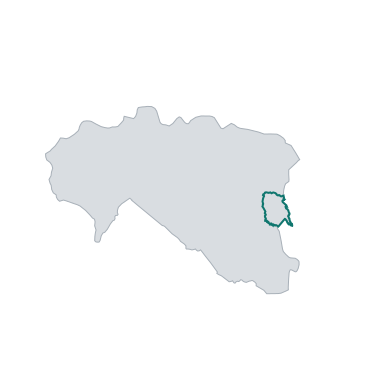 Yagha, Yagha, Burkina Faso shown in context, rotated 40°
{"feature_id": "67063806B32901667163906", "entity_name": "Yagha", "entity_type": "district", "adm_level": 2, "iso_a3": "BFA", "parent_name": "Burkina Faso", "parent_adm1": "Yagha", "projection": "mercator", "projection_center": [0.619, 13.408], "detail": "fine", "context": "in_parent", "style": "outline", "palette": "teal", "viewbox_px": 384, "rotation_deg": 40, "n_neighbors": 0, "source": "geoboundaries", "source_scale": "gbopen_adm2", "svg_char_len": 6931}
<svg xmlns="http://www.w3.org/2000/svg" viewBox="0 0 384 384"><g transform="rotate(40 192 192)"><path d="M277.2,236.9L268.4,237.3L265.1,238.2L263.2,238.3L263.1,237.4L262.9,237.0L251.6,234.2L243.8,232.6L235.8,230.8L235.3,232.5L234.2,233.6L232.5,233.7L231.3,233.4L230.5,234.7L229.2,236.4L227.3,237.2L225.5,238.3L224.5,239.2L223.7,239.2L221.9,237.1L219.5,236.8L214.9,237.2L212.9,236.6L210.1,236.3L203.6,236.8L193.1,235.9L191.3,236.4L190.9,236.8L180.5,236.9L169.0,237.0L159.5,237.1L151.1,237.1L151.1,236.8L148.4,236.7L148.1,237.5L145.7,246.2L145.4,251.0L146.7,254.0L148.1,255.8L149.7,256.6L149.9,257.7L148.6,259.1L148.7,260.5L150.2,261.9L150.6,263.4L149.8,265.0L150.0,268.9L151.1,275.0L151.1,278.9L150.1,280.7L150.6,283.8L152.7,288.1L153.0,290.0L152.3,290.8L150.6,292.0L148.8,291.9L146.8,289.3L145.9,288.1L144.3,285.5L142.9,282.8L141.0,281.6L139.2,280.5L136.9,277.1L134.8,275.5L132.5,275.9L129.2,275.3L122.4,274.5L115.2,274.7L112.2,275.5L109.2,276.7L101.7,279.5L98.7,280.8L96.5,284.2L93.9,284.1L91.4,283.1L89.8,281.5L86.3,281.8L83.0,280.3L79.8,277.4L77.5,276.4L74.4,274.3L73.6,270.2L71.7,267.3L70.0,263.3L67.4,261.5L64.3,260.6L60.2,260.8L57.5,259.2L55.3,256.9L55.9,254.8L56.9,252.0L57.0,249.2L57.6,244.7L57.2,239.1L56.5,235.2L58.8,233.5L61.4,232.1L63.0,229.4L64.8,223.4L65.5,218.3L65.0,216.4L64.1,214.8L63.4,212.6L63.0,209.9L63.5,207.5L65.5,205.3L68.0,203.4L69.7,202.6L74.5,201.7L80.4,200.3L83.8,198.7L86.3,197.2L87.7,195.9L89.1,193.4L91.4,191.5L93.1,189.5L93.4,184.0L93.4,180.9L92.1,179.1L91.4,177.6L100.1,173.3L100.2,170.3L99.0,166.9L97.2,164.2L96.6,161.8L99.0,159.0L101.2,156.9L102.7,155.2L106.2,152.5L109.8,151.8L113.0,152.8L122.6,159.1L124.3,159.5L126.3,159.1L128.8,157.4L132.1,156.1L133.3,151.8L133.2,145.5L133.9,142.7L135.6,142.1L141.2,143.3L142.6,143.4L144.2,143.0L145.4,141.9L145.3,139.9L145.1,138.1L146.9,132.3L150.1,127.9L156.8,122.4L158.8,121.3L161.3,120.7L173.1,124.5L175.1,123.6L178.0,114.2L181.2,113.3L185.1,113.2L187.6,112.4L188.9,111.7L194.5,108.2L204.5,103.3L209.9,101.3L210.9,100.5L214.8,97.1L219.9,93.1L223.1,92.3L227.6,92.0L230.4,92.7L231.2,93.8L232.1,94.4L238.0,92.7L246.4,95.4L253.7,98.0L253.2,99.6L253.1,102.6L252.5,107.2L251.8,112.8L254.8,116.4L258.4,120.2L259.4,121.7L258.4,125.5L259.1,127.8L261.0,131.5L264.2,136.2L267.5,141.1L269.8,141.7L272.0,142.1L273.3,143.0L275.2,143.8L277.2,144.3L278.8,145.4L279.9,146.4L281.3,149.4L285.0,151.4L287.6,153.3L286.6,154.3L283.3,153.9L280.3,153.1L279.9,154.5L279.8,160.0L280.2,164.5L281.0,165.1L284.0,166.0L291.4,171.9L298.0,177.5L300.2,178.9L303.9,179.5L308.0,179.7L309.7,179.2L313.7,176.4L315.8,176.1L317.8,176.2L318.8,176.6L320.8,178.9L322.5,182.4L323.1,184.9L322.9,186.3L322.3,186.8L319.0,187.5L317.6,188.0L317.3,188.8L317.8,190.5L318.4,191.6L322.0,196.6L327.1,203.3L328.7,205.0L327.8,207.1L325.2,212.3L323.2,214.5L314.6,221.9L310.3,221.1L301.4,222.6L300.1,220.9L298.0,220.6L295.4,220.9L294.5,221.6L294.2,222.3L293.3,223.3L291.7,226.3L290.4,227.0L288.8,227.5L286.9,227.4L285.7,227.8L285.7,229.3L285.4,230.5L284.1,231.2L283.5,232.6L283.6,234.0L282.8,234.6L281.2,234.3L280.2,233.9L279.2,235.7L278.1,236.9L277.2,236.9Z" fill="#d9dde1" stroke="#a8b0b8" stroke-width="1"/><path d="M266.7,167.1L266.8,167.0L266.9,166.9L267.1,166.7L267.2,166.4L267.3,166.2L267.5,166.2L267.8,166.2L268.0,166.1L268.0,165.9L268.4,165.9L268.5,166.0L268.6,166.3L268.6,166.5L268.8,166.8L269.2,166.7L269.3,166.6L269.4,166.4L269.3,166.2L269.4,165.9L269.5,165.9L269.8,165.8L270.0,165.9L270.0,166.0L269.9,166.1L269.9,166.3L270.0,166.4L270.0,166.5L270.3,166.6L270.5,166.7L270.8,166.6L271.1,166.5L271.3,166.4L271.5,166.3L271.9,166.3L272.0,166.4L272.1,166.5L272.4,166.6L272.5,166.6L272.6,166.8L272.8,166.7L273.0,166.5L273.0,166.4L273.0,166.2L272.9,165.8L272.8,165.7L272.8,165.4L272.8,165.2L273.0,165.1L273.3,165.1L273.6,165.3L273.6,165.5L273.8,165.7L273.8,165.8L273.9,165.7L273.9,165.8L274.0,165.9L274.3,165.9L274.5,165.9L274.8,165.7L275.0,165.7L274.9,165.6L275.0,165.6L275.3,165.4L275.2,165.1L275.0,164.9L275.1,164.7L275.4,164.5L275.5,164.5L275.8,164.6L276.0,164.8L276.3,164.8L276.4,164.7L276.6,164.6L276.7,164.3L276.6,164.1L276.8,164.0L277.0,164.1L277.2,163.8L277.4,163.8L277.4,163.7L277.5,163.6L277.7,163.4L277.8,163.4L278.0,163.3L278.1,163.2L278.3,163.2L278.5,163.1L278.8,163.1L279.1,163.1L279.3,163.1L279.5,163.1L279.9,163.1L280.1,163.1L280.3,163.1L280.4,162.2L280.4,161.3L280.4,158.8L280.4,156.7L280.4,154.9L280.4,154.6L280.4,152.9L280.6,152.8L281.3,152.8L281.7,153.0L282.5,153.0L282.9,153.1L284.8,154.2L285.0,154.2L285.3,154.1L285.7,154.3L285.8,154.2L285.9,154.4L286.5,154.6L286.9,154.6L287.1,154.6L287.4,154.5L287.6,154.1L287.6,153.7L287.7,152.8L287.8,152.6L288.0,152.5L288.5,152.9L288.5,153.2L288.6,153.6L289.2,154.0L290.3,153.6L290.5,153.5L290.4,153.3L289.0,152.1L288.3,152.3L288.1,152.2L287.3,152.0L286.2,151.6L286.1,151.4L285.4,151.3L283.7,149.7L283.0,149.7L282.1,148.9L281.2,148.7L280.9,147.6L281.2,147.2L281.0,146.6L280.9,146.2L280.6,145.9L280.3,145.6L279.8,145.6L279.3,145.4L278.5,144.8L277.7,144.3L277.5,144.1L275.4,143.9L274.7,144.1L273.1,143.2L273.0,142.4L273.2,142.1L273.7,142.0L272.8,141.5L268.1,141.4L267.5,141.2L267.1,140.8L266.9,140.5L266.9,140.1L267.6,139.2L267.8,138.9L267.7,138.6L267.5,138.4L267.6,138.1L267.3,138.1L267.3,138.4L266.9,138.3L266.5,138.1L266.3,137.8L266.2,137.3L266.1,137.2L265.6,136.8L265.3,136.6L265.2,136.5L264.8,136.4L264.5,136.2L264.4,136.0L264.2,136.2L263.9,136.6L263.7,137.1L263.5,137.5L263.4,137.8L263.2,138.0L262.9,138.2L262.6,138.2L262.2,138.3L261.8,138.3L261.5,138.2L261.2,138.2L260.8,138.3L260.6,138.4L260.6,138.5L260.5,138.8L260.4,139.0L260.1,139.3L259.8,139.5L259.2,139.6L258.5,139.6L258.4,139.6L258.2,139.6L257.9,139.4L257.8,139.2L257.6,139.2L257.4,139.2L257.2,139.2L256.4,139.3L255.7,139.6L254.8,140.0L254.6,140.1L254.4,140.3L254.1,141.1L253.9,141.4L253.8,141.6L253.8,141.8L253.7,141.9L253.3,141.9L252.5,141.9L252.3,142.0L252.2,142.0L252.0,142.3L251.9,142.5L251.7,142.8L251.6,143.0L251.4,143.1L251.3,143.3L251.2,143.3L250.9,143.6L250.7,143.7L250.6,143.8L250.4,143.9L250.1,144.0L249.6,144.2L249.4,144.4L249.2,144.5L248.9,144.7L248.7,144.9L248.4,145.4L248.3,145.6L248.4,145.8L248.5,145.9L248.4,146.1L248.5,146.8L248.5,147.0L248.4,147.4L248.1,147.8L248.2,148.1L248.2,148.3L248.3,148.5L248.4,148.8L248.6,148.8L248.8,148.8L249.5,148.6L249.9,148.9L250.0,149.6L250.6,151.2L250.8,151.7L251.3,152.5L252.1,153.9L252.2,154.0L252.3,154.1L254.1,155.3L254.1,155.5L254.1,155.8L254.4,155.9L254.5,156.0L254.7,156.4L254.7,156.5L255.3,157.9L256.0,158.0L257.7,158.6L260.8,159.8L261.3,161.4L261.6,161.5L262.1,161.6L262.5,161.7L262.7,161.8L262.8,161.8L263.0,161.9L263.0,162.1L263.2,162.3L263.1,162.5L263.1,162.8L263.2,163.2L263.2,163.4L263.3,163.5L263.5,163.6L263.7,164.0L263.8,164.1L264.0,164.2L264.1,164.3L264.3,164.4L264.5,164.4L264.6,164.5L264.8,164.6L265.0,164.6L265.3,164.8L265.6,164.8L265.8,165.0L265.9,165.3L265.9,165.6L265.9,165.8L266.0,166.3L266.1,166.5L266.3,166.8L266.5,166.9L266.6,167.0L266.7,167.1Z" fill="none" stroke="#0f766e" stroke-width="2"/></g></svg>